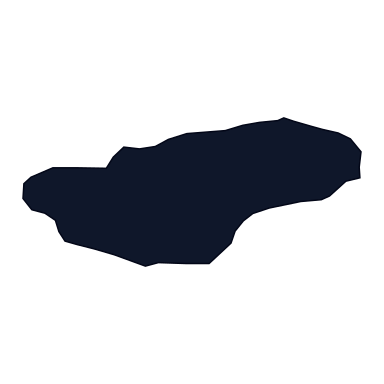 Skara, Västra Götaland, Sweden (Natural Earth projection)
{"feature_id": "70781695B33450377436150", "entity_name": "Skara", "entity_type": "district", "adm_level": 2, "iso_a3": "SWE", "parent_name": "Sweden", "parent_adm1": "Västra Götaland", "projection": "natural_earth1", "projection_center": [13.513, 58.397], "detail": "fine", "context": "isolated", "style": "filled", "palette": "ink", "viewbox_px": 384, "rotation_deg": 0, "n_neighbors": 0, "source": "geoboundaries", "source_scale": "gbopen_adm2", "svg_char_len": 707}
<svg xmlns="http://www.w3.org/2000/svg" viewBox="0 0 384 384"><path d="M359.9,177.8L359.2,167.2L361.0,151.8L350.4,138.9L338.2,133.0L322.4,129.4L311.9,126.5L293.5,121.2L283.8,117.9L277.8,120.6L259.4,122.4L242.8,125.3L225.3,130.6L186.8,133.6L168.4,139.4L155.3,146.5L139.5,148.9L123.8,147.1L123.2,147.7L113.3,157.1L106.3,168.3L75.6,167.8L52.9,167.8L31.0,177.2L23.9,183.7L23.0,198.5L31.8,209.7L32.8,210.0L44.9,213.2L55.4,220.3L58.9,231.6L65.0,241.1L77.3,244.6L93.9,248.8L114.1,254.7L145.4,266.1L158.4,262.6L185.8,263.5L209.1,263.5L231.0,243.1L235.1,231.1L243.3,220.9L252.8,213.5L269.3,208.0L300.7,201.5L321.3,199.7L329.5,196.0L345.9,181.2L359.9,177.8Z" fill="#0f172a" stroke="#020617" stroke-width="1.5"/></svg>